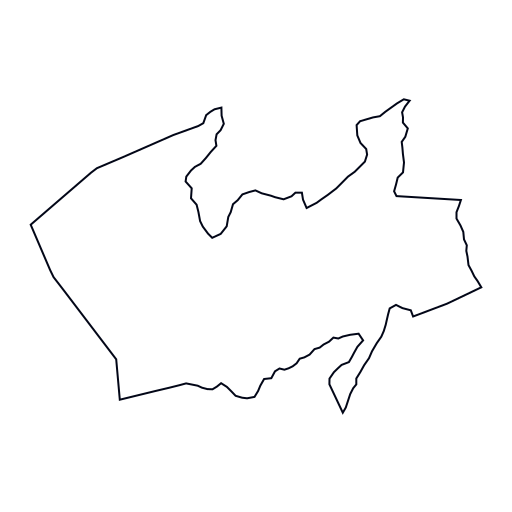 the district of Três Rios, Rio de Janeiro, Brazil
{"feature_id": "56859067B77014289241824", "entity_name": "Três Rios", "entity_type": "district", "adm_level": 2, "iso_a3": "BRA", "parent_name": "Brazil", "parent_adm1": "Rio de Janeiro", "projection": "natural_earth1", "projection_center": [-43.076, -22.12], "detail": "fine", "context": "isolated", "style": "outline", "palette": "ink", "viewbox_px": 512, "rotation_deg": 0, "n_neighbors": 0, "source": "geoboundaries", "source_scale": "gbopen_adm2", "svg_char_len": 2279}
<svg xmlns="http://www.w3.org/2000/svg" viewBox="0 0 512 512"><path d="M221.4,107.6L214.5,109.3L210.4,111.8L206.2,115.1L203.3,123.2L198.3,126.0L173.4,135.0L123.0,157.1L96.9,168.2L91.0,172.7L30.7,224.7L50.1,270.0L53.6,277.2L59.5,284.8L63.5,290.0L116.2,359.3L119.8,399.7L155.4,391.0L169.4,387.7L179.4,385.2L186.1,383.4L192.2,384.6L197.7,385.7L202.0,387.7L207.4,389.1L212.5,389.3L216.9,386.6L221.1,383.2L226.9,386.9L231.4,391.4L235.6,395.8L242.1,397.7L247.1,398.3L254.5,396.9L258.1,391.0L260.3,385.7L264.1,379.0L271.3,378.2L275.0,371.3L279.5,368.5L284.4,369.7L288.6,368.3L292.7,366.3L296.6,363.3L299.7,358.7L304.3,357.4L309.6,354.6L314.5,349.1L319.7,347.6L323.6,344.5L329.0,341.7L333.4,337.6L338.3,338.5L342.8,336.5L350.1,334.8L358.6,333.7L363.1,340.4L357.4,346.8L354.1,352.7L351.9,356.9L348.9,362.1L341.6,364.9L338.0,368.2L333.9,372.2L329.5,378.6L329.4,384.3L342.8,412.7L345.8,407.5L348.0,400.8L350.2,394.1L353.2,388.2L356.3,384.4L356.3,378.5L360.3,372.1L364.2,365.1L369.0,358.2L372.0,351.3L376.8,343.1L381.3,336.7L383.8,331.0L385.7,324.8L386.9,319.5L388.1,314.3L389.7,308.4L396.0,304.9L402.4,308.1L410.8,310.3L413.1,316.5L447.0,303.7L481.3,287.3L477.6,281.1L474.3,276.4L471.6,270.8L468.5,265.1L467.5,256.6L466.3,250.9L466.8,245.3L464.0,239.4L463.3,231.9L460.5,225.5L456.5,218.6L456.5,212.2L458.9,206.1L460.9,200.0L396.5,196.1L394.1,191.3L396.0,184.6L397.7,177.6L403.0,172.4L404.0,162.5L402.9,153.8L402.4,147.7L401.7,141.9L405.3,136.8L407.8,128.4L402.9,122.6L403.0,117.4L402.1,112.3L405.0,106.6L409.6,100.7L403.8,99.3L397.0,103.4L385.3,111.8L379.9,116.2L373.1,117.4L360.1,121.2L356.6,125.1L357.3,135.4L360.5,143.0L366.2,149.0L367.1,154.6L364.9,161.6L354.7,171.8L348.0,176.6L341.1,183.6L336.2,188.5L332.5,191.3L327.8,194.9L321.3,199.4L316.7,202.8L306.6,208.0L303.0,199.6L301.9,192.7L295.4,192.7L291.5,196.3L283.6,199.3L275.1,197.2L270.9,195.7L261.7,193.3L255.4,190.4L249.3,192.0L242.4,194.4L237.7,200.2L233.0,204.2L230.7,212.2L228.3,216.9L226.7,226.3L220.7,233.9L212.2,237.8L208.0,233.6L202.8,226.6L200.1,221.1L198.4,211.9L196.6,204.7L191.0,198.3L191.7,188.3L185.6,181.5L186.3,176.6L191.0,170.5L195.0,166.8L200.7,163.8L205.9,158.0L210.8,151.9L216.4,145.8L215.5,140.2L216.6,134.3L220.6,130.2L223.8,123.8L221.6,115.7L221.4,107.6Z" fill="none" stroke="#020617" stroke-width="2"/></svg>